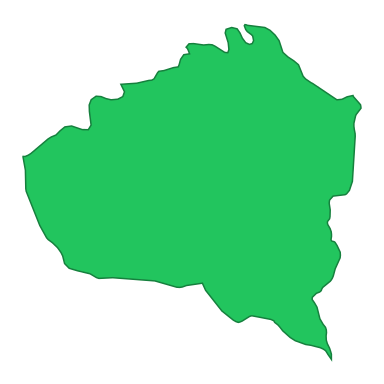 the Province of Kunduz
{"feature_id": "AFG-1763", "entity_name": "Kunduz", "entity_type": "Province", "adm_level": 1, "iso_a3": "AFG", "parent_name": "Afghanistan", "parent_adm1": "", "projection": "orthographic", "projection_center": [68.869, 36.818], "detail": "fine", "context": "isolated", "style": "filled", "palette": "green", "viewbox_px": 384, "rotation_deg": 0, "n_neighbors": 0, "source": "natural_earth", "source_scale": "10m", "svg_char_len": 2547}
<svg xmlns="http://www.w3.org/2000/svg" viewBox="0 0 384 384"><path d="M336.9,99.8L342.0,99.3L347.1,96.8L353.0,95.5L353.4,96.6L360.5,104.7L360.8,106.2L361.0,108.2L356.2,114.5L355.6,115.8L353.9,123.3L353.9,126.3L354.3,129.4L355.1,133.6L355.2,136.3L352.4,181.4L349.4,190.4L346.6,193.8L345.7,194.4L345.0,194.7L333.1,196.1L329.7,199.9L329.4,201.1L329.2,203.3L330.2,209.9L330.0,216.7L329.6,218.8L327.9,221.0L327.5,221.6L327.4,222.6L327.6,224.0L327.8,224.6L330.1,228.6L331.2,231.7L331.5,234.3L331.5,236.6L331.0,239.5L331.4,240.7L332.3,241.3L333.6,241.5L334.1,241.7L334.8,242.1L335.4,242.9L337.1,245.6L340.2,252.2L340.4,255.2L340.1,257.9L335.2,268.8L333.3,275.9L332.4,278.1L331.4,279.8L330.3,281.2L323.0,287.2L322.3,288.1L321.8,289.0L321.5,289.9L321.2,290.6L320.6,291.3L319.5,292.1L316.4,293.3L312.4,297.2L312.2,298.2L312.2,299.6L314.4,302.7L317.0,307.2L319.9,318.8L323.1,324.3L325.5,327.3L326.3,329.8L326.5,332.7L326.1,335.9L326.3,340.2L327.3,343.6L329.6,348.3L330.7,351.7L331.4,354.2L331.4,359.4L327.8,354.2L326.8,352.5L325.6,350.7L323.5,349.2L320.3,347.7L310.4,345.2L305.7,344.5L295.2,340.7L290.2,337.5L282.8,330.9L279.6,326.8L277.9,324.9L274.8,322.5L274.5,322.1L274.2,321.5L273.9,320.8L270.8,319.4L258.4,317.0L252.0,315.8L250.7,316.0L249.3,316.6L242.1,321.1L240.2,321.9L238.4,322.4L236.1,321.7L233.3,320.1L222.0,311.1L205.6,290.3L202.4,283.2L186.5,285.5L182.3,287.0L179.7,287.4L176.7,287.2L154.8,280.9L112.7,277.7L98.9,278.4L96.5,277.6L90.1,273.8L77.6,270.8L69.2,268.3L64.6,263.6L62.7,256.0L61.0,252.5L57.5,247.6L52.4,242.7L48.2,239.6L46.6,237.8L39.8,225.5L26.2,191.3L25.8,188.7L25.4,170.2L23.0,156.8L23.1,156.4L25.1,156.5L28.2,155.2L30.9,153.5L48.0,139.0L51.2,137.0L56.0,135.0L60.1,130.8L64.9,126.9L71.6,126.0L82.2,129.6L88.3,129.7L91.1,125.1L89.4,111.5L89.2,105.0L91.2,99.7L96.1,96.2L101.1,96.6L106.0,98.6L111.1,99.8L117.8,99.2L122.8,96.6L124.5,91.8L120.9,84.3L136.8,83.2L149.0,80.4L151.7,80.2L154.0,78.9L157.6,72.7L158.8,71.3L163.9,70.6L173.5,67.6L178.2,66.9L179.2,64.5L180.6,59.3L183.8,54.7L189.6,53.8L188.1,49.9L187.4,48.5L186.1,47.2L189.0,43.8L193.6,43.6L203.6,45.0L208.9,44.5L212.2,44.8L215.2,46.3L224.7,52.4L227.8,52.7L228.9,49.5L228.2,42.7L225.2,33.0L226.1,29.3L231.7,27.5L237.1,28.8L240.0,33.0L242.3,38.1L245.7,42.7L249.4,44.4L252.2,43.6L253.6,40.7L252.7,36.1L251.5,34.7L247.3,31.6L245.7,29.5L244.3,25.7L245.0,24.6L246.5,24.9L247.4,25.3L264.9,27.5L270.0,30.3L275.1,35.1L279.1,40.7L282.9,52.4L288.0,57.0L293.9,60.9L298.5,64.8L303.1,76.2L305.5,78.9L311.2,82.8L312.5,83.4L336.9,99.8Z" fill="#22c55e" stroke="#15803d" stroke-width="1.5"/></svg>